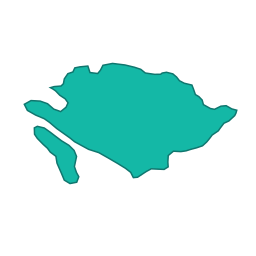 outline of Östhammar, Uppsala, Sweden, rotated 187°
{"feature_id": "70781695B19211904151309", "entity_name": "Östhammar", "entity_type": "district", "adm_level": 2, "iso_a3": "SWE", "parent_name": "Sweden", "parent_adm1": "Uppsala", "projection": "equal_earth", "projection_center": [18.222, 60.283], "detail": "fine", "context": "isolated", "style": "filled", "palette": "teal", "viewbox_px": 256, "rotation_deg": 187, "n_neighbors": 0, "source": "geoboundaries", "source_scale": "gbopen_adm2", "svg_char_len": 1488}
<svg xmlns="http://www.w3.org/2000/svg" viewBox="0 0 256 256"><g transform="rotate(187 128 128)"><path d="M22.2,158.9L27.3,159.6L33.3,162.1L38.4,161.0L44.4,157.1L48.6,157.4L56.0,160.4L57.8,164.8L61.5,167.8L65.2,169.4L67.9,174.9L69.8,178.4L77.7,179.3L82.7,181.2L86.0,184.5L90.1,187.2L96.6,188.0L100.8,186.7L102.2,185.3L108.2,184.5L117.5,184.7L122.5,187.8L129.0,189.1L138.7,190.2L151.2,190.2L160.5,187.2L162.4,182.0L164.7,178.4L172.5,178.4L175.4,184.6L183.3,182.8L188.1,181.2L189.5,176.9L194.3,174.6L197.2,169.0L197.5,164.1L199.6,161.5L206.4,160.1L209.9,158.6L207.4,157.6L204.5,156.1L199.7,152.2L193.9,149.3L190.6,145.7L192.0,141.1L196.8,136.1L204.0,137.7L210.8,142.3L218.5,144.0L227.6,143.4L233.8,138.9L230.0,133.2L221.3,129.6L212.2,127.0L206.4,123.9L198.7,118.8L184.3,111.0L179.4,107.9L164.5,102.0L154.0,100.0L145.3,96.4L134.8,91.9L125.6,87.7L119.9,84.3L117.0,79.9L116.6,79.4L112.5,80.3L107.8,84.3L104.6,87.0L100.0,90.3L87.1,91.3L83.4,94.3L84.3,99.1L84.7,105.6L80.1,110.5L72.7,111.0L67.6,112.4L63.0,114.5L57.5,116.7L51.9,119.4L48.2,123.7L45.9,127.3L43.6,131.3L38.0,136.2L36.6,138.9L33.4,144.4L28.7,147.3L23.6,153.3L22.7,155.8L22.2,158.9ZM221.0,116.7L220.0,110.4L216.7,106.6L210.2,101.4L205.5,98.1L202.2,94.6L196.1,91.1L194.2,84.5L192.8,82.1L188.6,75.0L184.9,68.5L178.8,65.8L172.3,67.9L170.9,73.6L173.7,77.5L176.5,83.2L175.6,93.5L178.8,99.2L184.5,103.6L192.4,107.2L199.0,111.0L204.6,114.3L211.1,117.8L218.2,118.6L221.0,116.7Z" fill="#14b8a6" stroke="#0f766e" stroke-width="1.5"/></g></svg>